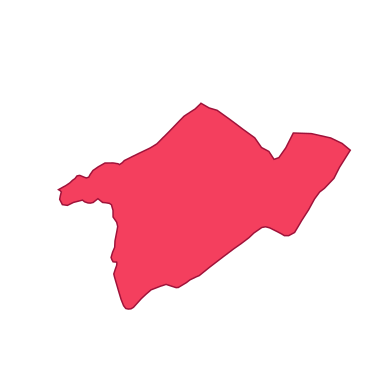 outline of As Sunut, South Kordufan, Sudan, rotated 219°
{"feature_id": "16777658B48194454682254", "entity_name": "As Sunut", "entity_type": "district", "adm_level": 2, "iso_a3": "SDN", "parent_name": "Sudan", "parent_adm1": "South Kordufan", "projection": "equal_earth", "projection_center": [29.06, 12.034], "detail": "fine", "context": "isolated", "style": "filled", "palette": "rose", "viewbox_px": 384, "rotation_deg": 219, "n_neighbors": 0, "source": "geoboundaries", "source_scale": "gbopen_adm2", "svg_char_len": 2029}
<svg xmlns="http://www.w3.org/2000/svg" viewBox="0 0 384 384"><g transform="rotate(219 192 192)"><path d="M165.9,62.8L164.9,65.6L164.3,77.1L164.0,79.4L163.4,83.7L162.4,89.3L162.3,90.1L157.0,99.3L156.3,100.3L154.0,103.9L149.0,105.8L144.1,107.7L142.9,108.9L142.6,109.1L139.3,118.1L138.3,122.4L135.4,128.6L133.8,131.5L133.4,133.3L131.0,144.6L129.8,149.6L128.1,156.7L126.9,161.7L123.9,173.8L121.2,183.3L119.0,192.3L118.1,199.1L115.4,208.4L112.9,211.3L109.1,213.0L100.5,214.9L95.9,215.8L92.8,216.2L89.4,218.9L86.8,225.1L87.9,232.9L88.8,238.7L90.2,251.6L92.4,263.7L92.8,272.3L91.4,278.2L90.3,291.9L92.9,304.0L95.3,324.1L105.9,324.2L118.2,321.3L136.0,312.5L150.4,301.6L146.9,285.4L146.1,273.4L148.8,269.0L157.8,271.9L166.0,270.3L177.4,273.6L191.8,272.8L203.9,272.4L213.7,271.9L223.9,271.3L231.6,268.1L240.9,266.6L240.9,266.3L240.9,266.1L240.9,265.8L240.9,265.7L241.3,262.6L241.6,260.2L241.7,259.5L241.8,258.5L243.6,253.1L244.1,251.4L244.8,249.4L245.9,245.8L246.5,239.5L247.8,224.4L248.5,217.6L248.7,216.3L249.2,211.0L249.6,207.3L252.1,200.2L253.3,197.6L257.5,188.8L260.3,182.8L261.0,181.3L261.2,180.8L261.6,179.9L262.7,177.5L264.4,173.8L264.6,171.0L265.6,167.6L267.3,167.4L269.5,166.1L269.8,166.0L271.6,164.9L277.9,159.7L280.7,152.6L282.5,146.4L282.2,142.3L282.2,141.8L282.1,141.3L282.0,140.8L281.6,138.5L283.0,136.4L285.3,135.6L289.0,134.5L289.5,134.3L290.0,134.0L291.5,132.1L291.4,128.8L292.2,126.0L292.7,122.1L294.3,117.0L295.1,115.2L296.3,112.1L296.9,110.7L297.2,109.8L295.5,110.1L293.6,109.8L292.0,106.3L290.2,103.0L284.8,100.6L280.4,103.2L277.5,109.4L274.0,114.1L272.0,116.8L269.3,116.8L266.0,118.0L263.9,119.5L262.2,121.7L261.6,124.5L260.9,127.6L254.9,127.6L252.2,129.4L249.0,131.2L246.6,131.4L241.8,128.0L237.6,122.9L231.5,121.1L228.0,118.4L225.9,114.6L221.1,105.6L217.3,100.4L215.8,95.2L213.7,90.2L211.7,89.0L209.4,88.1L208.1,88.9L206.5,90.1L205.4,89.2L204.3,87.4L202.9,83.4L201.2,79.1L198.9,77.3L187.7,69.5L179.5,63.9L173.6,60.6L170.2,59.8L167.9,60.9L165.9,62.8Z" fill="#f43f5e" stroke="#9f1239" stroke-width="1.5"/></g></svg>